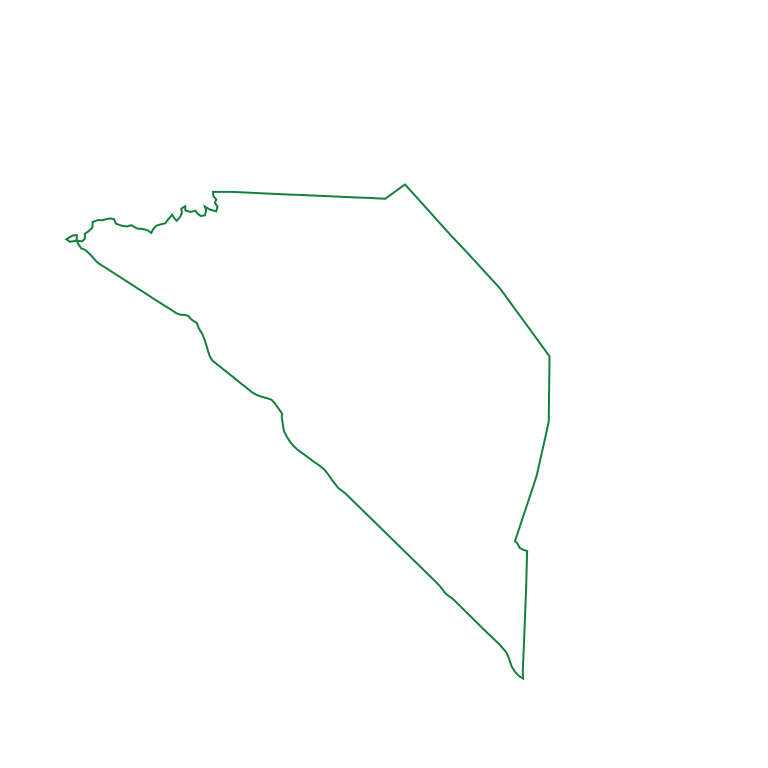 Lajedinho, Bahia, Brazil (orthographic projection), rotated 50°
{"feature_id": "56859067B60717499646951", "entity_name": "Lajedinho", "entity_type": "district", "adm_level": 2, "iso_a3": "BRA", "parent_name": "Brazil", "parent_adm1": "Bahia", "projection": "orthographic", "projection_center": [-41.04, -12.382], "detail": "fine", "context": "isolated", "style": "outline", "palette": "green", "viewbox_px": 768, "rotation_deg": 50, "n_neighbors": 0, "source": "geoboundaries", "source_scale": "gbopen_adm2", "svg_char_len": 2179}
<svg xmlns="http://www.w3.org/2000/svg" viewBox="0 0 768 768"><g transform="rotate(50 384 384)"><path d="M344.0,483.9L348.0,486.2L351.3,488.4L356.0,490.9L361.7,492.3L368.7,493.2L373.7,493.1L378.4,492.5L384.3,491.1L389.6,489.8L394.3,488.6L397.8,487.9L402.7,486.5L407.2,485.4L411.6,484.7L416.9,484.8L421.6,485.3L425.3,485.7L429.2,485.7L434.2,485.9L438.7,484.9L443.1,483.9L566.0,471.8L574.0,471.1L584.6,471.5L593.4,469.3L640.4,464.9L656.1,463.1L662.0,462.9L668.1,462.8L673.8,464.4L678.9,466.4L683.4,468.0L689.5,468.6L694.6,468.3L699.0,466.8L693.1,462.2L673.1,443.9L631.6,406.2L603.9,381.7L600.9,383.7L596.9,385.4L592.1,384.4L588.5,384.6L556.7,332.9L552.3,325.9L527.3,293.1L518.7,282.0L469.2,239.4L385.3,233.7L337.6,235.8L314.0,237.2L248.6,239.5L244.6,239.7L242.9,264.0L232.4,275.2L222.8,285.9L216.1,293.1L182.2,330.1L179.5,333.2L138.8,377.3L126.9,391.5L130.2,393.8L134.9,394.0L136.6,397.1L141.0,397.5L143.9,401.5L138.7,405.1L132.9,407.2L136.7,408.6L139.7,412.8L137.5,416.4L133.8,417.3L130.1,417.1L127.8,421.6L123.4,424.6L120.0,422.0L119.4,426.7L123.0,428.7L125.1,433.4L125.7,437.9L122.2,438.1L118.2,437.4L119.1,443.3L120.3,448.2L118.3,452.3L116.4,456.5L117.0,461.4L118.7,465.1L114.3,466.3L110.3,469.0L106.1,473.3L99.9,475.5L98.0,479.7L94.2,483.2L88.8,486.3L84.0,484.9L80.9,487.7L79.0,491.2L77.5,494.5L74.5,497.8L72.6,503.0L76.6,506.7L77.1,512.1L76.6,516.6L80.4,519.7L80.7,523.5L76.7,527.3L81.0,528.3L85.3,528.8L89.2,526.7L93.4,526.1L99.0,525.7L104.5,525.6L108.1,525.1L111.7,524.0L117.7,522.0L121.9,520.7L125.5,519.7L130.3,518.1L135.9,516.4L141.3,514.7L145.8,513.3L154.3,510.7L158.2,509.4L163.8,507.7L169.1,506.1L173.9,504.6L182.2,502.0L187.0,500.4L192.5,498.7L196.5,497.5L200.1,495.4L203.1,492.1L206.1,490.1L209.6,490.2L213.1,489.4L216.9,488.1L222.4,490.1L229.1,491.1L235.4,493.2L241.2,495.6L245.8,497.7L250.7,499.6L256.0,500.4L261.4,499.3L266.7,498.1L271.4,497.3L275.0,496.5L278.6,495.8L282.2,495.0L287.5,494.0L292.6,493.1L296.2,492.1L299.9,491.5L305.1,490.5L310.5,488.6L315.2,485.9L320.0,482.5L323.8,480.3L328.3,480.0L333.4,480.4L341.2,481.2L344.0,483.9ZM76.7,527.3L72.6,523.6L70.1,527.1L69.0,534.3L73.1,533.2L76.7,527.3Z" fill="none" stroke="#15803d" stroke-width="2"/></g></svg>